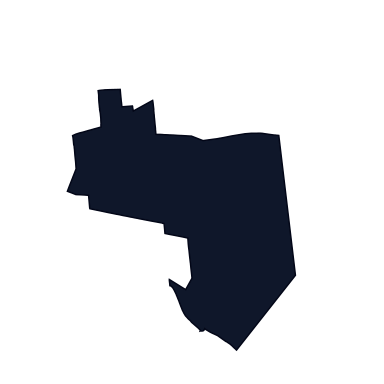 Comuna 9, Ciudad de Buenos Aires, Argentina, rotated 221°
{"feature_id": "61730980B27244915898287", "entity_name": "Comuna 9", "entity_type": "district", "adm_level": 2, "iso_a3": "ARG", "parent_name": "Argentina", "parent_adm1": "Ciudad de Buenos Aires", "projection": "mercator", "projection_center": [-58.49, -34.654], "detail": "fine", "context": "isolated", "style": "filled", "palette": "ink", "viewbox_px": 384, "rotation_deg": 221, "n_neighbors": 0, "source": "geoboundaries", "source_scale": "gbopen_adm2", "svg_char_len": 3891}
<svg xmlns="http://www.w3.org/2000/svg" viewBox="0 0 384 384"><g transform="rotate(221 192 192)"><path d="M163.6,291.6L163.9,291.4L164.1,291.3L164.2,291.2L165.7,290.1L166.2,289.8L167.5,288.8L171.3,286.3L171.9,285.9L173.5,284.9L175.0,283.9L177.4,282.4L178.2,281.8L179.0,281.2L179.6,280.7L180.8,279.6L182.1,278.4L184.1,276.7L185.6,275.4L190.2,270.7L190.7,270.1L196.1,263.6L199.0,260.1L199.6,259.3L203.0,254.9L204.0,253.6L204.8,252.6L205.6,251.6L206.3,250.8L207.0,249.9L208.7,247.8L209.3,247.2L212.9,243.1L217.3,238.1L217.7,237.9L221.6,236.5L224.1,235.6L224.4,235.5L229.1,233.8L229.6,233.4L231.4,232.0L231.9,231.6L232.7,231.0L236.2,228.3L239.7,225.5L243.3,222.8L246.8,220.0L249.1,218.2L250.3,217.2L251.2,216.5L251.8,216.1L253.1,215.1L253.9,214.5L254.2,214.2L254.5,214.0L254.9,213.6L257.1,211.8L258.7,213.4L259.2,213.9L260.7,215.3L261.4,216.1L264.0,218.5L268.6,222.9L269.3,223.5L271.5,225.7L271.7,225.8L272.8,226.9L274.2,228.2L274.7,228.8L275.1,229.3L277.4,231.4L280.0,233.8L281.5,235.1L281.8,235.3L283.8,229.9L286.6,222.2L288.8,216.3L289.4,214.6L289.9,215.0L291.2,216.0L292.2,216.8L292.9,217.4L292.9,217.5L293.4,217.8L300.8,210.3L302.7,212.1L304.0,213.3L304.6,213.8L306.0,215.1L306.3,215.4L306.8,215.9L308.2,217.2L308.5,217.5L310.5,219.4L311.3,220.2L311.8,220.6L312.0,220.9L313.4,222.2L313.5,222.3L314.9,221.0L322.9,213.7L323.3,213.3L324.3,212.4L324.4,212.2L324.7,212.0L325.8,210.8L328.1,208.4L329.3,206.9L327.3,205.1L326.5,204.4L325.8,203.7L325.1,202.9L324.5,202.2L322.9,200.5L322.3,199.9L321.0,198.6L320.9,198.6L320.8,198.4L319.6,197.3L317.0,194.8L316.4,194.4L316.1,193.9L315.4,193.3L312.9,191.3L311.2,189.7L309.6,188.2L308.6,187.2L308.0,186.5L305.9,184.3L305.6,184.0L305.3,183.7L304.9,183.0L303.5,181.6L303.4,181.5L303.3,181.4L304.1,180.1L306.2,176.9L307.5,175.0L308.1,174.0L308.5,173.5L308.8,172.9L310.2,170.9L313.6,165.6L315.6,162.8L317.7,159.3L319.1,156.2L318.9,156.0L318.4,155.7L317.5,155.0L314.7,152.4L312.5,150.3L311.8,149.8L310.9,149.2L309.6,147.9L308.9,147.3L304.6,143.1L304.0,142.5L299.5,138.3L294.6,133.4L294.4,132.8L292.0,126.1L291.8,125.4L291.6,125.0L290.2,121.0L289.9,120.2L288.5,116.2L286.8,111.6L286.5,110.8L282.2,112.4L277.9,113.9L274.3,116.8L270.8,119.5L267.8,121.7L267.0,120.8L265.1,119.0L261.9,115.9L258.9,113.0L258.1,112.4L252.2,115.7L250.8,116.5L249.2,117.4L246.7,118.8L245.6,119.4L241.1,121.9L237.1,124.2L234.4,125.7L233.3,126.4L231.6,127.4L230.8,127.8L229.9,128.3L228.6,129.0L225.1,131.1L221.8,132.9L220.9,133.5L218.2,135.0L215.0,136.9L214.7,137.0L212.3,138.4L212.0,138.6L211.3,139.0L210.9,139.2L209.7,139.9L206.8,141.6L204.0,143.2L198.8,146.3L194.2,149.0L193.9,149.1L193.7,149.1L193.3,149.3L192.4,149.9L192.0,149.5L188.0,145.7L187.0,144.7L185.2,143.0L181.1,145.3L177.0,147.7L173.0,150.0L169.0,152.3L164.9,154.5L162.8,152.4L160.9,150.5L158.9,148.6L156.9,146.8L156.4,146.4L151.8,142.1L147.1,137.8L146.6,137.4L142.5,133.5L137.8,129.2L135.6,127.1L135.4,126.8L134.5,122.5L133.5,117.8L132.9,114.8L132.7,114.2L137.3,113.4L151.7,111.1L151.5,110.8L149.9,109.3L149.1,108.6L147.2,106.8L146.7,107.2L146.1,107.2L144.0,107.2L141.5,106.4L139.3,105.5L137.2,104.6L136.5,104.3L136.1,104.0L134.8,103.4L132.1,102.0L129.5,100.7L129.1,100.4L128.9,100.3L127.4,99.5L125.9,98.7L124.8,98.1L124.5,98.0L121.7,96.5L119.4,95.6L118.8,95.3L115.7,94.3L113.7,94.1L111.5,93.8L108.8,93.8L106.9,93.4L105.9,93.4L101.3,93.4L100.5,93.4L100.2,93.4L99.9,93.4L99.1,93.4L98.4,93.4L98.1,93.4L97.8,93.4L96.8,93.3L96.6,93.3L95.9,93.2L95.3,93.1L94.8,93.0L94.6,92.4L94.2,93.0L93.5,93.4L92.6,94.4L92.3,95.3L92.4,95.8L92.8,97.3L91.5,97.3L91.3,97.3L86.3,98.2L83.6,98.9L82.7,99.2L78.9,100.3L78.6,100.4L73.5,100.9L68.4,101.4L67.8,101.7L66.5,101.8L65.1,102.0L64.3,102.1L63.3,102.2L62.0,102.2L61.3,102.2L60.6,102.2L59.8,102.1L59.0,102.1L58.7,102.1L57.8,102.0L57.1,102.0L56.9,102.0L56.2,102.0L55.0,101.9L54.9,101.9L54.7,101.9L59.2,195.0L59.3,197.0L163.6,291.6Z" fill="#0f172a" stroke="#020617" stroke-width="1.5"/></g></svg>